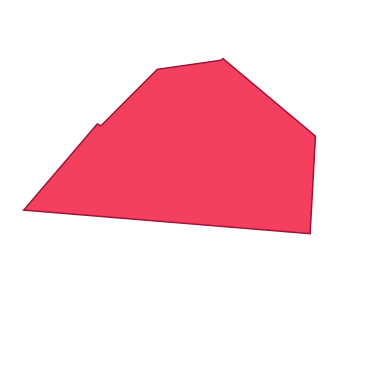 the district of 54, Ar Rayyān, Qatar, rotated 40°
{"feature_id": "91078587B84726999218009", "entity_name": "54", "entity_type": "district", "adm_level": 2, "iso_a3": "QAT", "parent_name": "Qatar", "parent_adm1": "Ar Rayyān", "projection": "equal_earth", "projection_center": [51.456, 25.272], "detail": "fine", "context": "isolated", "style": "filled", "palette": "rose", "viewbox_px": 384, "rotation_deg": 40, "n_neighbors": 0, "source": "geoboundaries", "source_scale": "gbopen_adm2", "svg_char_len": 305}
<svg xmlns="http://www.w3.org/2000/svg" viewBox="0 0 384 384"><g transform="rotate(40 192 192)"><path d="M75.7,200.7L74.7,314.1L309.3,148.0L305.7,143.3L299.9,135.5L257.6,79.1L250.7,69.9L129.9,69.9L129.7,72.2L86.6,120.3L79.7,199.8L75.7,200.7Z" fill="#f43f5e" stroke="#9f1239" stroke-width="1.5"/></g></svg>